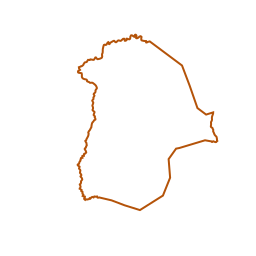 the district of San Sebastian, Lempira, Honduras, rotated 220°
{"feature_id": "27666195B86153124151915", "entity_name": "San Sebastian", "entity_type": "district", "adm_level": 2, "iso_a3": "HND", "parent_name": "Honduras", "parent_adm1": "Lempira", "projection": "mercator", "projection_center": [-88.697, 14.352], "detail": "fine", "context": "isolated", "style": "outline", "palette": "amber", "viewbox_px": 256, "rotation_deg": 220, "n_neighbors": 0, "source": "geoboundaries", "source_scale": "gbopen_adm2", "svg_char_len": 5753}
<svg xmlns="http://www.w3.org/2000/svg" viewBox="0 0 256 256"><g transform="rotate(220 128 128)"><path d="M51.3,175.5L51.9,175.7L52.7,176.7L54.3,178.0L54.8,178.2L56.2,178.3L57.6,178.6L57.8,178.7L58.1,179.0L58.7,179.2L59.4,179.7L60.1,179.9L60.4,180.0L60.8,180.4L61.5,181.4L61.7,181.5L62.3,181.7L63.1,182.2L63.5,182.3L64.8,182.1L65.1,182.2L65.4,182.3L65.7,182.7L66.7,184.2L67.7,185.3L68.0,185.6L68.3,186.2L68.5,187.3L68.8,188.0L69.1,188.5L70.2,189.6L70.8,190.5L71.2,191.4L72.0,193.6L72.4,194.2L72.8,194.7L76.8,188.5L87.6,187.9L107.7,199.9L126.8,210.6L167.0,208.3L168.3,206.5L168.5,205.7L168.9,205.3L169.1,205.2L169.3,205.3L169.6,205.6L169.8,206.0L170.0,206.2L172.0,204.8L173.6,204.0L173.9,203.9L174.2,204.0L174.5,204.1L175.0,204.6L175.8,205.7L176.0,206.2L176.1,206.4L176.5,206.5L177.0,206.5L177.5,206.3L177.8,205.8L178.0,205.4L178.1,204.3L178.3,203.4L178.7,202.6L179.0,202.3L179.5,202.1L179.8,202.3L180.2,202.9L180.5,203.8L180.8,204.1L181.4,204.4L182.1,204.4L182.4,204.1L182.5,203.8L182.5,203.6L182.4,203.3L181.9,202.4L181.8,202.1L181.8,201.9L182.1,201.8L184.3,201.6L184.7,201.4L185.1,201.1L185.2,200.8L184.9,199.5L184.0,198.2L183.8,197.7L183.8,197.3L183.9,196.9L184.3,196.6L185.3,196.1L186.2,195.8L186.4,195.6L186.3,195.3L185.8,194.8L185.6,194.4L185.7,193.9L186.0,193.3L186.3,192.9L186.6,192.8L188.1,194.0L188.5,193.7L189.0,193.3L189.1,193.0L189.4,190.7L189.5,190.3L189.7,190.0L189.9,189.8L190.9,189.4L191.7,188.9L191.8,188.7L191.9,188.2L192.1,186.7L192.3,186.0L192.6,185.8L193.2,185.7L193.7,185.8L194.5,185.9L194.8,185.8L195.0,185.5L195.4,184.7L196.0,182.9L196.4,181.9L196.4,181.5L196.2,181.1L196.1,180.8L196.2,180.5L196.3,180.2L196.6,180.1L197.0,180.2L197.3,180.3L198.2,181.1L198.3,181.1L198.5,180.3L198.1,178.2L198.2,177.9L198.3,177.5L198.6,177.2L198.8,177.1L199.3,177.0L199.5,176.7L199.8,176.2L199.8,175.9L199.3,174.7L198.0,172.2L197.3,171.3L196.4,170.2L195.8,169.3L195.6,168.8L195.4,168.0L195.2,167.7L194.6,167.0L193.8,166.3L193.6,165.9L193.3,165.3L193.3,164.7L193.5,164.2L194.2,162.8L194.9,161.9L195.4,161.3L195.7,161.1L196.1,161.1L197.1,161.2L197.9,161.4L198.0,161.3L198.3,161.1L198.3,160.8L198.0,158.9L198.0,158.5L198.1,158.2L198.5,157.8L200.9,156.4L201.0,156.2L200.9,155.7L201.0,155.5L202.4,154.5L202.1,152.0L202.8,151.0L203.2,150.5L203.3,150.3L203.1,148.6L202.8,147.7L202.9,146.6L203.2,145.6L203.7,145.1L203.7,144.7L204.7,143.0L203.7,142.1L202.1,141.7L202.4,140.5L202.8,140.0L202.8,139.7L202.6,139.1L202.1,138.6L201.8,138.5L201.3,138.6L200.8,138.9L199.3,139.9L198.9,140.0L198.7,140.1L198.3,139.8L197.6,139.2L196.2,137.5L195.6,137.2L194.9,137.0L194.1,137.0L193.4,137.2L192.6,137.5L191.4,138.2L190.7,138.4L189.9,138.1L189.7,137.9L189.5,137.6L189.3,137.5L187.1,138.2L186.2,138.2L185.9,138.4L185.4,138.9L184.8,139.5L184.3,139.8L183.8,139.9L181.5,140.0L180.3,139.9L179.5,139.7L178.6,139.3L178.1,139.0L177.5,138.6L177.4,138.3L177.3,138.0L177.2,136.5L177.1,136.1L177.0,135.8L176.3,135.0L176.1,134.7L176.0,133.8L176.0,133.5L176.2,132.7L176.2,132.4L176.1,132.1L176.0,131.8L174.5,131.2L174.2,130.2L174.2,129.4L174.1,129.1L173.9,128.9L173.5,128.5L173.1,128.0L173.1,126.3L173.0,126.0L172.4,125.7L171.3,125.3L170.8,125.0L170.7,124.8L170.3,123.9L169.8,122.4L169.2,121.9L168.2,121.4L167.8,121.0L167.2,120.3L167.1,120.0L167.0,119.4L166.6,118.9L166.3,118.8L164.8,118.8L164.2,118.8L163.9,118.7L163.6,118.2L163.1,116.7L162.7,115.9L161.8,115.8L160.8,115.6L160.7,115.4L160.6,115.0L160.4,114.8L159.4,114.4L158.8,114.0L158.5,113.7L158.4,113.5L158.6,112.9L158.9,112.2L158.9,111.9L158.7,110.9L158.7,110.4L158.8,109.5L158.6,108.6L158.4,108.1L158.0,107.3L156.9,105.5L156.5,104.9L156.4,104.0L155.9,101.8L155.9,100.3L155.6,99.2L155.4,98.8L154.8,98.6L154.4,98.2L153.9,97.3L153.5,96.6L153.0,94.7L152.7,93.0L152.2,91.8L152.2,91.4L152.4,90.9L152.4,90.7L152.2,90.6L152.0,90.4L150.2,89.8L149.4,89.0L148.5,88.3L148.3,87.8L148.3,87.0L147.7,85.9L147.9,84.6L147.8,84.3L147.7,84.1L147.3,83.8L146.0,83.5L145.5,83.2L144.6,82.7L144.4,82.5L144.3,82.4L144.3,81.4L144.4,80.7L144.6,80.4L144.9,80.3L145.0,80.1L144.9,79.7L144.7,79.4L144.2,78.7L143.9,78.3L144.8,77.6L145.0,77.3L145.0,77.1L144.9,76.9L144.3,76.3L143.9,76.0L143.7,75.9L143.8,75.7L144.3,75.2L144.5,75.0L144.7,74.8L144.7,74.6L144.5,74.2L144.0,73.6L143.8,73.2L143.9,72.8L143.8,72.6L143.4,72.2L143.3,71.9L143.4,71.1L143.2,70.5L143.0,69.9L142.7,69.5L142.6,69.3L142.6,68.7L142.9,68.3L143.0,68.0L143.0,67.6L142.9,67.4L142.6,67.2L142.0,67.1L141.5,67.1L140.9,67.3L140.5,67.3L140.3,67.3L140.0,66.9L139.8,66.1L139.6,65.6L139.3,65.4L137.8,65.2L137.4,65.0L137.1,64.7L136.5,63.6L136.0,62.8L135.8,62.7L135.1,62.6L134.2,62.3L133.8,62.2L133.6,62.0L133.4,61.8L133.3,61.5L133.2,60.9L133.3,60.4L133.2,60.3L132.7,60.2L131.8,60.1L131.3,60.0L130.7,59.7L130.1,59.3L129.9,59.0L129.8,57.2L129.5,56.6L128.9,56.0L128.5,55.0L128.5,54.6L128.7,54.0L128.7,53.8L128.5,53.6L128.1,53.5L127.4,53.1L126.8,52.7L126.5,52.4L126.4,52.2L126.2,51.4L126.1,51.1L126.2,50.7L126.0,50.4L125.7,50.5L123.8,50.7L123.4,49.7L122.9,49.6L122.3,49.9L121.7,49.8L120.7,48.4L119.9,48.4L119.1,48.1L119.0,47.0L118.8,47.1L118.5,46.9L118.3,46.9L116.9,47.7L116.6,47.3L116.3,46.7L116.3,46.4L116.3,45.9L116.1,45.6L115.9,45.5L115.7,45.4L114.8,45.4L114.6,45.4L114.6,45.5L114.6,46.0L114.4,46.4L113.4,46.8L113.0,47.5L112.5,48.0L112.3,48.2L112.1,48.7L112.3,49.2L112.2,49.7L111.4,49.8L111.5,51.1L111.2,51.8L111.1,52.2L110.9,52.3L109.7,52.7L109.7,52.8L109.8,53.3L109.8,53.9L109.7,54.0L108.7,54.5L108.2,55.1L107.7,55.6L107.4,55.3L107.1,55.2L106.7,55.1L106.4,55.2L106.1,55.4L105.9,55.6L105.6,56.2L94.1,62.0L80.9,66.6L66.1,72.8L57.8,98.7L63.8,117.0L76.9,130.3L77.9,143.1L75.8,145.7L61.1,168.1L55.9,171.1L55.7,171.3L55.2,171.5L54.7,171.3L54.4,171.6L54.4,172.1L54.2,172.6L53.4,172.9L52.9,173.0L51.8,173.5L51.6,173.7L51.4,174.0L51.4,174.8L51.3,175.5Z" fill="none" stroke="#b45309" stroke-width="2"/></g></svg>